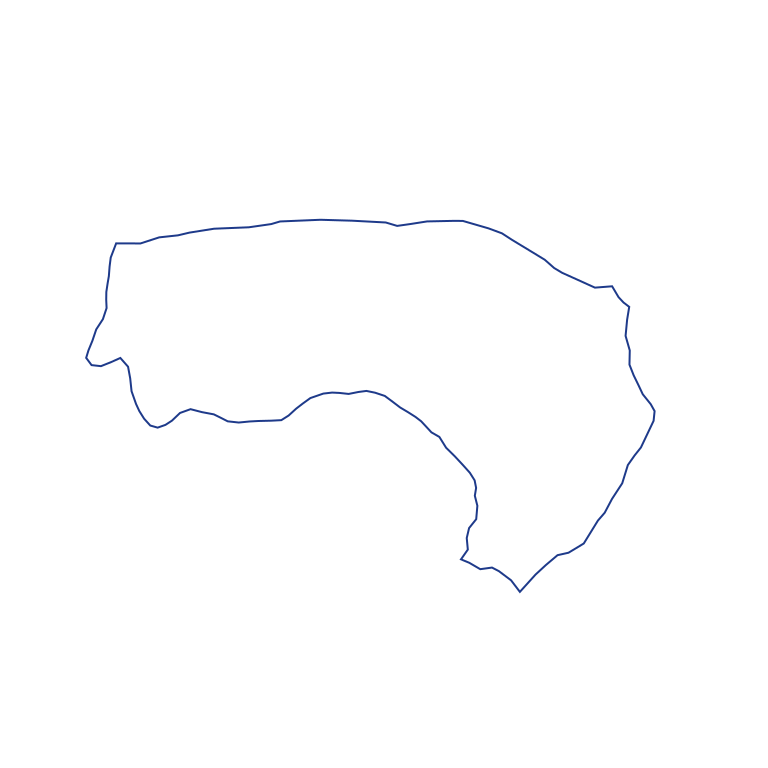 Fronteira, Minas Gerais, Brazil, rotated 243°
{"feature_id": "56859067B13167953379516", "entity_name": "Fronteira", "entity_type": "district", "adm_level": 2, "iso_a3": "BRA", "parent_name": "Brazil", "parent_adm1": "Minas Gerais", "projection": "albers", "projection_center": [-49.164, -20.219], "detail": "fine", "context": "isolated", "style": "outline", "palette": "blue", "viewbox_px": 768, "rotation_deg": 243, "n_neighbors": 0, "source": "geoboundaries", "source_scale": "gbopen_adm2", "svg_char_len": 1690}
<svg xmlns="http://www.w3.org/2000/svg" viewBox="0 0 768 768"><g transform="rotate(243 384 384)"><path d="M630.9,209.2L620.7,197.9L613.2,192.8L605.0,187.8L599.1,183.4L592.1,178.4L585.1,174.7L577.6,171.3L569.4,163.0L563.3,152.4L554.9,143.8L548.1,135.9L542.5,130.5L533.6,132.0L528.4,139.9L527.4,150.8L526.9,160.9L515.6,163.8L504.2,160.4L492.2,155.8L478.8,154.0L471.0,153.7L462.0,154.5L453.1,156.9L447.9,162.5L446.8,170.7L447.6,178.4L450.8,189.1L449.4,200.2L441.6,209.0L434.2,218.6L427.9,223.3L421.7,227.8L415.6,237.1L411.6,247.3L408.1,255.2L402.5,266.9L398.4,276.1L399.2,284.7L401.9,294.5L403.4,302.4L404.9,312.0L403.0,325.6L399.9,333.9L396.3,340.2L391.2,348.0L388.5,357.6L385.8,365.2L380.3,372.1L373.0,379.3L363.5,384.0L355.8,387.7L348.0,392.6L340.4,397.1L333.9,400.2L326.9,402.2L319.4,404.3L311.7,409.3L299.0,410.4L287.3,414.3L275.7,417.6L265.9,420.2L257.0,421.0L249.6,418.9L243.2,414.2L233.1,411.9L221.7,404.8L217.0,394.4L209.2,387.8L198.4,383.5L192.8,373.0L186.0,378.8L175.3,385.7L171.4,396.9L165.1,401.4L151.4,408.1L137.1,410.7L145.4,432.5L149.2,446.0L152.7,460.9L149.9,471.8L151.2,489.6L165.2,512.6L169.1,522.2L178.1,535.0L187.4,551.2L201.1,564.5L206.6,574.9L210.8,584.1L228.8,607.5L237.0,612.8L244.9,612.5L257.4,609.9L267.1,610.2L278.4,610.4L289.8,611.5L302.3,618.2L317.2,621.1L330.9,629.8L341.4,637.5L347.9,634.4L354.9,632.4L367.5,631.6L374.1,615.7L402.2,593.2L410.0,588.3L421.8,583.6L454.5,563.4L464.7,557.5L475.2,547.8L493.5,528.3L497.6,520.4L509.3,496.2L514.6,480.0L518.9,467.5L527.1,458.9L544.0,429.7L559.2,401.9L576.0,365.2L577.7,356.1L585.0,334.7L599.5,303.1L607.2,279.4L610.0,267.9L616.7,250.3L619.8,230.8L630.9,209.2Z" fill="none" stroke="#1e3a8a" stroke-width="2"/></g></svg>